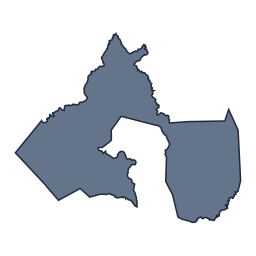 San Juan Cieneguilla, Oaxaca, Mexico (orthographic projection)
{"feature_id": "50627088B28176003338085", "entity_name": "San Juan Cieneguilla", "entity_type": "district", "adm_level": 2, "iso_a3": "MEX", "parent_name": "Mexico", "parent_adm1": "Oaxaca", "projection": "orthographic", "projection_center": [-98.27, 17.875], "detail": "fine", "context": "isolated", "style": "filled", "palette": "slate", "viewbox_px": 256, "rotation_deg": 0, "n_neighbors": 0, "source": "geoboundaries", "source_scale": "gbopen_adm2", "svg_char_len": 5842}
<svg xmlns="http://www.w3.org/2000/svg" viewBox="0 0 256 256"><path d="M137.0,206.9L137.0,201.6L136.5,199.4L136.1,196.8L134.8,192.5L133.4,190.1L134.7,184.1L132.8,183.0L131.7,181.5L131.8,180.0L130.5,178.8L129.5,178.8L128.7,177.9L127.7,177.0L127.3,174.4L128.1,172.9L128.0,170.1L128.4,169.7L128.5,168.9L129.0,168.0L130.6,166.4L131.6,164.8L133.5,164.5L135.3,164.6L135.9,162.7L135.9,161.5L134.4,160.0L132.7,159.9L132.0,160.2L130.3,158.8L127.3,158.9L126.6,158.6L124.7,153.3L123.5,151.8L121.9,151.3L120.5,151.5L119.5,152.2L118.7,153.0L117.5,154.9L117.3,157.1L115.4,157.7L114.0,158.6L108.0,154.6L106.3,154.0L105.6,151.2L103.3,153.3L101.8,151.0L99.5,150.7L98.5,149.7L98.2,147.6L102.4,147.4L110.0,141.5L111.4,140.0L111.3,130.0L121.1,116.3L155.7,125.2L157.4,125.3L160.6,127.1L161.9,130.7L164.4,134.7L165.7,135.2L169.7,144.1L167.4,149.0L165.3,150.2L165.4,152.1L165.9,153.0L165.0,154.1L166.5,157.2L165.7,181.4L172.6,194.8L178.0,217.2L182.7,219.4L188.6,220.9L192.4,222.4L193.9,222.2L194.8,222.4L195.9,221.6L196.1,220.9L196.6,220.9L197.3,220.2L197.5,219.6L197.1,218.8L197.3,218.6L197.6,218.6L198.5,217.9L199.3,217.8L200.5,216.9L201.0,217.0L201.1,217.3L201.7,217.7L202.1,218.6L203.5,218.5L204.0,218.0L204.6,217.8L205.1,217.4L206.8,217.6L207.3,217.8L207.6,218.3L208.4,218.5L209.5,220.0L210.4,219.1L210.7,219.2L210.7,219.7L212.5,220.1L212.6,220.4L214.0,220.4L214.4,220.1L215.5,217.8L217.1,217.1L217.7,216.6L217.5,216.1L216.5,216.3L216.4,215.9L216.7,215.4L217.4,215.3L218.1,215.8L219.1,216.0L219.3,215.8L219.3,213.5L219.9,212.3L220.3,211.1L220.6,210.8L221.7,210.5L222.2,209.7L223.5,209.9L224.9,209.7L227.0,208.2L227.6,208.1L227.3,206.2L227.0,206.4L226.3,206.2L225.7,205.6L225.5,204.8L225.7,204.5L226.2,204.5L226.6,205.4L227.2,205.6L228.3,204.1L228.5,203.1L228.3,202.3L227.7,201.2L229.4,200.9L229.0,198.2L229.3,198.0L230.5,197.9L230.9,197.5L231.4,197.3L231.9,197.4L232.6,198.3L233.0,198.2L233.3,197.2L234.2,196.3L234.3,195.9L233.9,195.3L233.9,195.0L234.2,194.7L235.9,194.4L235.3,191.8L235.4,191.7L236.4,192.3L236.7,192.3L238.0,191.2L240.6,180.7L238.1,130.2L228.7,109.5L224.8,121.0L188.6,121.6L169.5,123.0L169.2,122.2L169.3,120.7L169.5,120.0L169.3,119.4L168.5,118.4L168.3,117.7L168.9,116.4L168.0,115.5L167.0,115.3L165.3,115.5L164.9,115.4L164.5,114.6L163.3,113.4L162.5,113.4L161.2,112.8L160.4,113.0L159.2,114.3L157.2,114.9L156.9,114.5L156.7,113.3L157.8,112.0L157.4,110.7L156.3,110.1L156.2,109.6L156.7,109.3L157.1,108.2L157.4,108.0L158.5,107.9L159.0,106.8L159.1,105.7L159.0,105.4L158.2,104.7L157.2,105.1L157.0,104.7L156.9,103.3L156.0,102.8L155.3,101.8L155.8,99.9L155.6,99.2L154.3,98.5L153.8,97.7L153.0,97.3L151.8,96.2L151.6,95.3L151.9,94.8L152.5,94.6L152.8,94.0L152.9,93.2L152.3,92.3L152.5,91.4L154.0,90.6L151.4,89.9L151.5,89.1L152.3,88.4L152.4,88.1L152.3,87.8L151.1,86.8L151.1,84.8L151.6,83.8L151.2,83.7L150.4,82.4L149.6,81.5L149.4,81.2L149.8,80.8L149.7,80.4L148.9,80.0L148.6,78.8L147.9,78.7L147.7,78.4L147.8,78.1L148.4,77.5L147.7,75.5L147.2,75.3L145.5,74.1L145.1,73.2L144.4,72.7L142.2,72.6L141.7,71.3L141.4,71.4L140.5,71.9L140.3,71.9L139.8,71.5L139.3,70.2L138.9,70.2L137.7,70.6L137.6,70.4L138.0,69.5L138.0,69.0L136.8,67.7L136.8,66.8L136.7,66.3L135.9,65.7L134.2,64.9L134.0,64.4L134.5,63.6L136.4,61.6L138.2,60.9L139.8,60.5L140.2,59.8L140.2,59.3L141.5,57.3L143.1,55.8L145.0,54.9L146.3,54.8L146.9,54.5L147.5,53.8L148.0,52.6L147.2,51.2L146.7,50.9L146.7,49.3L145.3,49.4L144.6,48.8L144.6,48.5L145.9,47.5L146.1,47.0L146.0,46.7L145.0,46.4L145.3,45.3L145.0,45.0L144.5,45.6L143.8,44.7L142.2,46.4L142.3,47.1L140.6,49.0L140.1,49.3L138.2,49.2L137.0,51.6L135.4,51.0L134.5,51.4L132.8,52.4L131.7,52.8L131.2,53.0L130.8,53.6L129.3,53.8L126.8,51.1L125.4,48.6L124.1,47.6L122.6,45.6L121.4,44.5L121.7,44.0L121.5,43.6L121.4,42.7L120.6,41.5L120.3,40.3L119.9,39.5L119.3,39.3L118.5,38.1L118.2,37.2L118.3,36.6L117.0,35.4L116.4,35.2L115.9,34.4L115.9,33.6L114.5,34.7L113.5,34.9L113.3,35.2L113.2,35.6L113.5,35.8L113.7,36.7L113.5,37.1L112.9,37.2L112.4,37.6L112.2,39.3L111.9,39.8L110.5,40.4L109.3,40.6L109.1,41.3L109.6,42.0L109.7,42.5L109.6,43.7L109.4,43.9L108.7,43.5L108.1,45.2L107.4,48.5L106.8,48.8L106.5,50.2L105.4,51.3L104.4,53.2L103.7,53.9L103.2,55.4L102.1,56.6L101.4,57.9L101.5,58.6L102.1,58.9L102.4,60.5L103.3,61.8L102.9,62.5L103.4,63.3L104.1,63.7L104.2,64.9L103.9,65.2L103.7,65.9L102.2,66.4L101.8,66.8L100.9,66.3L100.3,66.2L99.1,66.7L98.2,67.8L97.5,69.0L96.7,69.3L96.0,69.1L95.0,70.1L94.5,71.3L92.4,71.5L91.9,71.1L91.3,71.5L91.1,72.3L91.0,72.5L91.6,73.0L91.7,73.5L91.4,74.0L90.5,74.3L89.0,75.5L88.1,76.6L87.9,78.2L88.2,79.9L87.6,80.5L86.8,83.2L85.5,84.5L84.0,88.5L84.3,92.8L85.2,94.8L85.8,95.6L87.0,96.7L87.3,97.6L87.0,98.7L85.7,100.5L82.6,102.1L80.0,102.3L79.3,103.0L78.8,104.0L77.2,105.0L76.3,105.0L75.7,104.5L75.0,104.4L74.3,104.7L73.6,104.2L73.2,104.2L72.8,104.3L72.1,105.1L71.1,105.4L69.4,105.3L68.5,104.9L67.5,105.8L65.9,105.3L65.4,105.5L65.0,105.8L64.5,106.7L64.1,110.5L62.3,110.1L60.9,108.9L60.4,108.0L59.9,107.8L59.3,108.0L58.9,108.4L58.2,110.4L57.9,110.9L56.9,111.0L56.0,111.6L55.3,111.6L54.4,112.6L52.7,112.9L52.5,113.2L52.5,113.7L54.0,115.8L54.1,116.2L53.7,116.6L53.3,116.4L52.8,116.4L51.7,116.0L50.3,114.7L49.7,114.7L49.6,115.2L49.8,116.0L49.1,118.2L48.9,118.5L48.4,117.8L48.1,117.8L46.8,118.9L46.8,119.5L47.2,119.5L47.5,121.0L46.5,121.9L46.0,122.3L45.3,122.4L43.5,122.6L42.7,122.3L41.8,121.4L41.6,120.6L15.4,152.8L43.3,182.6L58.5,200.3L80.1,188.5L89.7,197.1L100.9,194.1L106.6,194.5L109.2,193.5L110.3,193.9L110.6,194.3L110.8,194.2L111.3,194.3L111.7,194.8L112.4,194.8L113.0,195.3L113.7,195.5L114.0,195.4L114.7,196.3L115.4,196.4L115.3,196.6L115.4,197.4L116.0,197.3L116.6,197.4L117.6,198.0L120.6,197.3L121.1,197.4L121.7,196.9L122.5,197.3L123.0,197.3L123.5,197.7L124.1,197.2L125.3,197.5L125.6,198.0L125.7,198.7L126.1,198.2L126.7,198.3L127.3,198.7L128.2,199.8L128.9,199.6L130.1,200.3L130.8,200.3L135.0,205.8L137.0,206.9Z" fill="#64748b" stroke="#1e293b" stroke-width="1.5"/></svg>